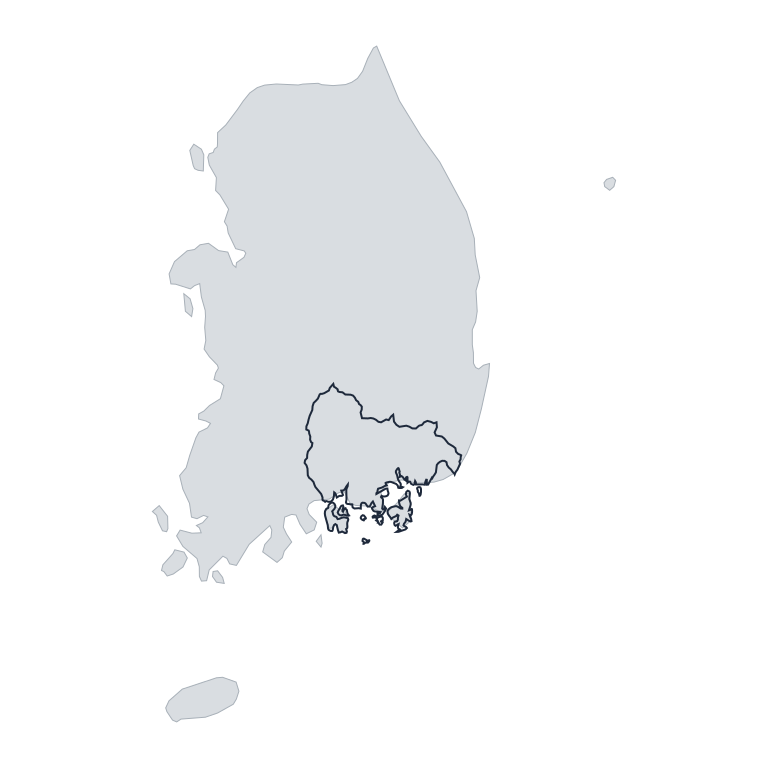 South Gyeongsang on a map of South Korea (Equal Earth projection)
{"feature_id": "KOR-2505", "entity_name": "South Gyeongsang", "entity_type": "Province", "adm_level": 1, "iso_a3": "KOR", "parent_name": "South Korea", "parent_adm1": "", "projection": "equal_earth", "projection_center": [128.367, 35.249], "detail": "fine", "context": "in_parent", "style": "outline", "palette": "slate", "viewbox_px": 768, "rotation_deg": 0, "n_neighbors": 0, "source": "natural_earth", "source_scale": "10m", "svg_char_len": 9310}
<svg xmlns="http://www.w3.org/2000/svg" viewBox="0 0 768 768"><path d="M214.4,149.2L217.3,146.9L217.5,143.6L217.6,132.6L225.8,125.0L237.5,109.4L243.3,100.9L249.8,92.9L257.3,87.6L264.7,85.1L276.3,84.0L298.4,85.0L302.8,84.1L318.2,83.3L321.8,84.7L333.1,85.6L345.5,84.6L351.7,82.3L357.5,78.4L362.6,71.3L367.8,58.3L373.4,48.0L376.7,46.1L399.4,100.8L421.2,136.3L439.8,162.1L466.5,211.7L474.3,238.4L475.2,254.9L479.7,277.6L476.0,290.7L477.2,311.3L475.6,321.9L472.3,329.7L472.3,344.7L473.4,352.7L473.5,363.3L475.6,367.5L478.7,369.0L483.5,365.2L489.5,363.5L488.5,376.4L481.4,408.8L475.3,432.5L466.9,453.2L456.1,472.1L443.1,479.5L434.0,482.1L416.5,483.1L402.0,479.9L389.6,482.2L384.6,486.2L380.9,492.9L383.6,503.4L383.2,511.2L377.9,510.6L367.3,506.1L355.6,505.4L350.1,503.2L344.6,492.1L339.0,492.5L329.2,499.1L314.2,500.6L308.9,504.1L307.0,508.7L309.2,514.5L316.7,522.2L314.2,529.9L306.3,533.8L300.0,524.3L296.0,515.0L291.6,514.4L284.7,517.1L283.3,527.2L286.5,534.0L291.7,542.0L284.3,551.1L282.3,557.7L277.0,562.4L262.7,551.9L264.8,544.5L271.0,537.4L271.8,530.0L269.8,525.6L249.2,544.3L236.4,565.4L229.7,563.9L226.9,558.4L222.9,556.2L209.2,569.9L206.6,580.7L201.5,581.1L199.4,576.5L199.3,566.8L197.0,558.5L182.9,546.4L176.6,535.9L180.1,530.1L191.9,533.2L201.2,532.8L199.4,527.8L196.4,525.5L202.7,522.7L207.9,516.9L203.6,515.4L197.0,518.7L191.5,517.1L189.5,503.3L182.9,489.2L179.6,475.6L186.2,467.7L189.7,455.5L195.9,437.8L199.0,432.1L207.5,427.9L210.5,423.4L205.9,421.0L198.5,419.0L198.7,413.9L203.8,411.1L209.5,405.5L220.4,398.7L223.9,385.8L220.8,382.6L214.0,379.5L215.6,373.0L218.4,368.1L217.4,365.1L209.4,356.8L204.1,349.1L205.8,340.5L204.7,327.4L205.5,316.4L205.2,310.4L201.4,297.0L199.7,283.6L194.6,285.6L190.4,288.9L175.6,284.2L170.9,283.9L169.1,273.9L174.5,261.6L187.2,250.8L194.5,249.5L200.0,244.8L208.5,243.3L218.6,250.6L227.8,252.1L232.8,264.7L235.9,267.4L236.5,262.7L244.0,257.3L245.8,253.2L244.2,250.9L235.7,248.7L228.2,233.0L227.1,226.1L224.4,221.7L228.6,209.2L219.9,194.9L215.6,190.5L216.4,177.6L211.8,169.5L209.3,165.0L207.8,157.3L209.2,153.8L213.2,152.5L214.4,149.2ZM181.0,719.1L176.7,721.9L172.7,720.2L171.7,718.9L166.9,711.6L165.7,707.9L169.0,700.8L182.3,689.1L216.5,677.8L222.6,677.3L236.1,682.1L238.9,691.2L236.4,699.0L233.3,704.2L217.6,713.0L205.4,717.2L181.0,719.1ZM411.4,520.2L402.5,527.9L390.4,517.5L387.5,511.8L396.7,503.4L404.4,493.8L409.5,493.2L411.4,520.2ZM347.4,519.3L346.3,531.6L339.6,532.2L335.6,524.2L331.4,528.1L329.2,528.2L325.9,518.3L325.3,510.6L333.2,504.8L337.9,508.3L344.8,510.1L347.4,519.3ZM173.3,574.0L167.2,576.0L163.9,571.6L161.5,570.5L162.9,564.8L172.9,553.6L174.8,549.8L184.0,552.1L187.3,558.0L183.0,567.0L173.3,574.0ZM203.8,154.8L203.3,171.0L198.1,170.3L194.6,168.7L193.2,165.5L189.8,150.4L193.8,144.2L201.4,149.2L203.8,154.8ZM167.9,528.6L166.6,531.7L162.5,530.8L158.3,522.1L156.6,515.3L152.4,511.5L159.2,505.6L167.6,516.3L167.9,528.6ZM192.9,308.6L191.6,316.6L185.4,311.3L183.8,293.7L190.1,298.8L192.9,308.6ZM613.9,186.6L609.7,190.3L604.7,186.6L604.0,182.7L606.6,179.4L612.7,177.3L615.6,180.3L613.9,186.6ZM222.6,577.4L224.2,583.4L216.5,582.2L212.5,576.5L213.1,571.5L217.6,570.8L222.6,577.4ZM322.1,543.3L321.0,547.1L316.2,541.3L321.0,534.8L322.1,543.3Z" fill="#d9dde1" stroke="#a8b0b8" stroke-width="1"/><path d="M432.3,478.2L431.9,477.7L428.1,484.6L426.8,484.7L426.8,479.8L426.2,479.7L425.4,481.7L424.7,484.7L422.4,484.4L416.1,484.5L415.8,482.2L415.1,481.0L414.3,484.4L413.3,484.9L411.1,483.8L410.1,481.7L409.0,481.6L407.5,482.8L407.5,477.3L407.1,476.9L406.3,477.2L405.6,478.4L405.6,480.3L404.1,479.1L402.9,477.2L401.6,476.1L399.7,476.9L400.1,475.1L399.3,472.6L399.7,471.7L398.7,468.4L398.2,468.1L397.1,469.1L395.9,471.1L395.9,472.5L397.1,475.2L397.8,478.5L398.2,479.7L399.0,481.2L400.6,483.5L400.8,484.7L400.3,486.3L402.9,487.2L402.1,487.8L401.3,488.0L399.4,488.0L398.3,487.8L397.7,485.5L396.1,483.9L391.0,481.9L389.6,481.8L386.5,482.5L385.6,482.9L385.7,483.8L386.8,485.5L385.0,485.9L381.8,487.6L378.1,488.7L377.6,490.3L377.4,492.0L376.4,493.2L376.4,494.0L385.8,488.6L387.4,488.5L387.7,490.7L388.3,492.3L388.5,493.7L387.7,495.4L386.5,496.1L384.7,496.5L382.8,496.4L381.6,495.8L381.0,497.0L381.4,497.6L382.3,498.2L382.9,499.3L383.0,499.9L382.9,503.5L382.2,508.6L383.1,509.5L383.9,509.2L384.6,508.2L384.9,507.0L386.1,508.6L384.8,511.2L382.4,514.6L380.3,515.3L377.5,515.1L377.5,513.1L380.1,513.0L380.6,512.1L374.7,511.4L373.5,510.9L372.1,508.8L371.9,507.8L372.9,507.1L375.1,506.2L372.9,501.5L371.4,503.2L369.8,506.4L367.6,506.6L365.6,503.6L364.6,502.9L362.4,502.7L361.5,503.3L360.9,504.8L360.8,506.7L360.8,508.6L358.8,508.2L354.4,508.5L352.7,507.4L352.5,506.7L352.3,504.4L351.9,504.3L350.8,504.5L349.5,504.1L347.3,503.9L346.5,503.5L346.0,502.5L346.1,501.5L346.5,499.7L346.3,490.4L346.5,488.9L347.7,486.1L347.8,484.5L346.3,486.5L345.1,488.7L343.6,490.4L341.3,490.6L343.0,495.0L341.9,495.9L339.3,495.9L336.8,497.5L335.8,494.5L335.3,493.3L334.2,492.4L333.9,496.4L332.9,499.6L330.9,501.6L328.4,501.8L326.5,501.1L325.7,501.2L325.1,501.8L323.7,500.6L322.7,500.3L322.5,499.7L322.5,497.4L321.2,494.0L315.4,487.0L314.4,484.7L313.5,482.0L311.4,479.6L309.1,477.8L307.8,475.3L307.5,468.6L306.5,465.4L304.6,462.9L305.1,460.2L307.1,458.0L307.2,454.9L307.9,451.6L311.8,446.5L312.4,443.0L311.1,442.1L310.1,439.7L310.3,436.5L309.2,433.5L309.1,432.0L308.7,430.6L306.3,429.5L306.4,426.3L307.7,423.4L308.6,419.5L309.7,415.8L312.3,410.0L312.6,406.2L313.7,402.9L315.8,400.9L317.9,398.6L319.7,394.4L320.6,393.8L321.9,393.9L324.2,393.2L328.9,390.5L329.8,387.9L333.3,383.9L334.0,386.7L335.9,387.9L337.7,389.4L337.7,390.4L338.1,391.4L339.6,392.0L342.5,392.3L345.3,394.5L350.6,394.7L353.1,395.6L354.9,397.7L356.1,400.2L358.2,401.8L359.1,404.1L360.5,405.0L361.8,406.6L361.7,409.6L360.6,412.4L362.0,418.2L367.9,418.4L370.7,418.0L373.4,418.5L376.0,419.8L378.4,421.8L381.1,422.3L386.1,419.5L388.7,420.1L391.1,416.5L393.2,414.7L394.0,421.6L396.4,424.8L399.4,426.8L406.3,425.7L409.4,426.7L412.3,428.4L415.9,428.5L418.9,425.8L420.3,425.3L421.7,425.1L422.9,423.9L424.0,422.4L427.4,420.9L431.1,421.9L433.8,423.3L436.5,422.3L436.9,427.3L434.6,432.4L436.0,435.5L441.8,436.5L444.3,438.5L448.3,443.5L453.2,446.4L455.4,448.2L456.0,451.7L458.1,453.9L460.8,455.0L461.2,455.3L460.7,457.0L460.6,459.3L459.4,461.5L459.9,463.2L460.0,463.9L457.4,469.7L455.7,471.9L454.7,474.4L454.5,473.9L452.6,471.8L450.9,469.4L448.7,467.5L447.0,465.0L446.5,462.2L444.6,460.9L442.2,460.8L440.0,461.8L438.2,463.2L436.8,465.0L435.9,472.4L434.5,474.7L433.1,476.6L432.3,478.2ZM412.1,511.3L412.0,512.8L411.6,514.4L410.7,515.3L409.5,514.7L410.0,516.4L411.2,519.2L411.5,521.2L410.7,521.5L409.1,520.9L406.2,519.0L405.6,521.7L404.0,523.8L403.5,525.4L404.6,526.3L406.2,527.1L406.9,528.0L405.5,529.4L398.6,531.8L396.5,531.9L399.8,529.4L398.4,528.7L397.9,527.5L398.0,526.0L398.5,524.2L395.5,525.8L394.7,525.2L394.2,523.7L394.3,522.3L394.9,521.6L397.2,521.1L397.9,519.7L397.9,517.8L398.5,515.5L397.2,514.7L396.2,516.0L392.8,517.6L391.3,519.0L390.2,517.1L388.9,515.5L387.8,513.7L387.5,511.3L388.1,509.9L389.3,508.6L390.8,507.5L392.0,507.0L395.5,506.2L396.5,506.2L398.1,506.9L400.6,508.5L402.3,508.6L402.3,507.8L400.6,506.6L399.6,504.7L399.1,502.6L399.0,500.5L400.3,500.7L406.9,496.6L405.8,494.3L406.3,492.0L407.7,490.7L409.4,491.5L409.8,492.5L409.9,493.7L409.3,498.4L409.3,499.1L410.7,503.0L410.7,504.6L410.3,506.1L408.9,510.4L410.8,509.7L411.7,509.0L412.0,509.2L412.1,511.3ZM347.8,518.1L348.3,519.5L348.0,520.8L347.4,522.1L347.2,523.8L347.4,526.4L347.3,527.8L346.8,528.5L346.1,529.0L346.9,531.5L346.5,532.8L345.0,533.1L342.1,531.5L340.4,532.3L338.8,532.6L337.9,530.1L336.8,525.1L335.3,524.1L334.0,525.1L333.2,527.2L332.8,529.8L332.3,530.9L330.9,531.0L329.5,530.4L328.6,529.8L328.1,528.7L327.7,525.1L325.1,515.8L324.8,513.5L325.0,511.3L326.1,509.1L326.8,508.5L327.6,508.3L328.1,507.9L328.6,505.2L329.2,504.4L330.7,503.1L331.9,502.4L333.4,502.9L334.6,504.1L335.3,505.7L335.2,507.3L334.4,508.9L332.2,511.3L332.6,512.2L333.1,514.4L333.6,515.5L334.4,516.2L336.4,516.9L337.6,519.1L339.4,518.8L341.7,517.8L343.9,517.3L347.8,518.1ZM347.5,513.5L349.0,515.5L348.0,515.8L343.7,514.6L341.3,515.4L340.0,515.2L338.6,514.3L337.7,512.5L338.4,510.6L339.7,508.7L340.5,507.0L341.4,505.8L342.9,505.4L343.4,506.7L342.4,510.2L342.5,511.3L343.0,511.7L343.5,510.3L344.6,508.4L345.5,508.2L345.8,509.1L346.8,509.9L347.5,513.5ZM377.7,517.5L380.1,516.7L381.8,516.5L382.7,517.5L382.9,519.2L382.4,520.2L382.8,520.8L382.4,521.5L381.4,521.1L381.0,521.3L381.1,521.7L381.8,521.8L382.6,522.5L381.3,524.6L379.7,524.6L379.0,523.7L378.6,522.7L377.8,522.7L378.0,521.8L377.8,521.0L376.6,520.8L376.1,520.4L377.0,519.6L377.2,518.7L376.3,517.9L374.6,517.3L373.5,517.6L372.8,517.6L372.6,516.8L373.4,515.9L374.5,515.5L376.0,516.2L377.7,517.5ZM421.0,492.1L420.6,494.7L420.0,495.7L419.5,495.8L418.8,493.1L418.1,492.3L417.8,491.6L417.9,490.7L417.1,488.7L417.3,487.8L418.3,487.2L419.4,487.1L420.4,487.4L421.0,489.0L421.0,492.1ZM369.1,540.2L369.3,540.4L369.2,541.1L368.3,542.3L367.9,542.6L365.6,542.6L364.6,543.2L364.1,543.7L363.5,543.8L363.5,543.4L363.8,542.6L363.7,541.9L362.5,541.0L362.8,539.1L363.2,538.7L363.9,538.6L366.9,540.3L366.9,541.1L367.3,541.1L369.1,540.2ZM363.9,515.5L365.3,517.2L365.9,518.2L365.5,518.8L364.5,518.8L364.0,519.1L364.1,520.0L363.8,520.4L362.3,519.8L361.3,519.0L360.7,518.0L360.8,517.4L361.4,516.2L362.7,515.2L363.9,515.5Z" fill="none" stroke="#1e293b" stroke-width="2"/></svg>